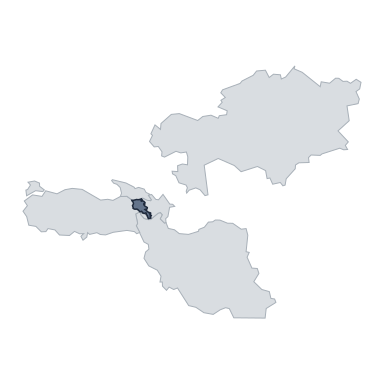 Armenia shown with its bordering countries
{"feature_id": "ARM", "entity_name": "Armenia", "entity_type": "country or territory", "adm_level": 0, "iso_a3": "ARM", "parent_name": "Asia", "parent_adm1": "", "projection": "albers", "projection_center": [45.222, 40.08], "detail": "fine", "context": "with_neighbors", "style": "filled", "palette": "slate", "viewbox_px": 384, "rotation_deg": 0, "n_neighbors": 5, "source": "natural_earth", "source_scale": "50m", "svg_char_len": 5524}
<svg xmlns="http://www.w3.org/2000/svg" viewBox="0 0 384 384"><path d="M361.0,82.3L359.7,88.9L356.0,91.6L359.3,99.0L358.1,103.6L347.0,105.9L349.2,120.7L338.0,130.9L348.3,141.9L345.3,145.4L347.6,149.5L343.7,149.8L339.8,148.2L322.0,153.9L320.2,155.4L311.1,155.0L308.5,157.6L309.1,162.5L298.9,162.8L295.5,165.0L295.2,168.8L286.2,178.8L285.1,185.1L282.9,185.8L280.3,182.5L272.7,184.2L269.9,178.0L267.1,178.6L265.6,170.6L257.4,166.5L241.1,171.7L234.3,165.5L218.2,158.5L204.2,165.2L208.0,194.8L205.0,195.6L200.1,189.8L195.8,187.9L189.1,190.2L186.7,193.1L186.2,191.2L187.4,187.7L186.0,185.0L179.0,182.8L175.8,175.7L172.5,173.8L172.1,171.2L177.8,171.6L177.6,165.7L182.4,164.0L187.5,164.8L187.8,156.9L186.4,152.0L180.8,152.9L176.0,151.3L164.5,157.1L161.6,155.9L162.0,151.8L158.3,146.5L154.2,146.9L149.5,141.5L152.5,135.4L150.9,133.8L155.0,124.9L160.5,129.4L161.0,123.5L171.3,114.4L179.3,113.6L197.7,120.5L202.8,116.5L211.0,115.2L218.2,118.3L219.3,115.7L226.6,114.7L227.2,110.8L218.0,106.9L222.2,102.3L220.9,100.3L225.3,97.5L220.8,92.8L222.6,89.8L240.1,83.4L242.0,81.0L253.2,75.3L256.6,71.0L265.4,70.2L269.2,77.5L273.5,74.2L280.4,74.8L281.3,79.0L285.7,77.0L294.9,65.9L294.1,68.8L302.2,72.3L320.2,86.7L321.2,81.8L329.6,83.2L335.6,78.2L338.8,78.3L343.0,81.4L347.0,81.2L350.5,83.3L356.2,79.3L361.0,82.3Z" fill="#d9dde1" stroke="#a8b0b8" stroke-width="1"/><path d="M166.5,290.3L162.5,286.2L162.3,282.0L160.0,282.0L161.0,276.2L157.3,270.2L148.8,265.9L144.0,258.3L145.6,252.0L148.9,249.1L148.3,244.4L144.0,242.0L136.3,225.8L137.6,223.3L135.7,214.0L140.0,211.7L141.0,214.8L144.2,218.5L148.5,219.6L150.8,219.3L158.1,213.2L160.4,212.5L162.4,214.8L160.3,218.9L164.4,223.0L166.0,222.6L168.3,228.4L174.5,229.8L179.2,233.6L188.5,234.4L198.5,231.3L198.9,229.4L204.4,227.2L208.4,222.1L212.7,221.8L215.3,220.0L219.9,220.1L227.5,223.2L232.7,223.3L241.2,229.2L246.1,228.6L247.8,235.2L246.1,251.7L249.2,252.4L247.1,257.2L251.9,268.1L257.3,268.5L258.9,273.4L253.8,281.7L261.8,289.5L269.3,291.6L270.9,298.4L274.6,299.0L275.9,302.4L266.2,308.5L265.1,318.1L233.8,317.8L229.3,308.6L225.6,307.7L220.2,309.8L213.2,314.4L203.9,312.7L195.9,307.3L188.7,305.6L177.5,288.0L173.7,289.5L169.1,287.1L166.5,290.3Z" fill="#d9dde1" stroke="#a8b0b8" stroke-width="1"/><path d="M139.8,232.4L136.7,233.7L134.4,231.6L126.9,230.4L113.2,232.3L105.6,234.9L100.3,234.5L96.9,232.7L89.6,234.4L87.6,232.6L86.8,237.1L83.0,240.2L80.9,236.3L83.7,233.6L79.7,233.8L74.5,231.4L69.5,235.5L59.5,235.0L54.9,229.9L48.0,228.6L45.9,231.6L41.3,231.8L35.9,226.4L28.8,225.2L26.7,216.6L23.0,211.2L27.4,205.7L24.3,201.0L32.6,194.9L42.0,196.4L45.7,190.8L57.0,193.8L65.0,189.7L72.3,188.4L82.2,189.4L100.6,200.1L107.8,199.3L113.0,200.4L120.4,196.5L126.9,196.3L132.7,200.5L133.7,203.3L133.0,207.3L140.0,211.7L135.7,214.0L137.6,223.3L136.3,225.8L139.8,232.4ZM28.0,182.2L34.6,181.0L39.5,183.1L39.6,186.3L44.3,189.9L42.8,191.6L35.6,190.7L26.6,195.8L25.9,190.1L27.6,189.5L30.5,185.0L28.0,182.2Z" fill="#d9dde1" stroke="#a8b0b8" stroke-width="1"/><path d="M148.3,195.4L151.6,194.5L155.8,199.4L158.5,199.8L163.0,194.4L169.8,204.1L172.7,204.3L174.7,206.4L169.6,207.3L167.9,216.6L165.7,218.6L166.0,222.6L164.4,223.0L160.3,218.9L162.4,214.8L160.4,212.5L158.1,213.2L150.8,219.3L150.6,213.7L145.1,210.2L146.9,207.6L143.5,204.9L144.8,202.8L141.2,199.3L142.7,198.0L150.5,200.7L151.3,199.8L148.3,195.4ZM148.5,219.6L144.2,218.5L141.0,214.8L140.0,211.7L141.3,211.5L143.2,213.7L145.9,213.7L148.5,219.6Z" fill="#d9dde1" stroke="#a8b0b8" stroke-width="1"/><path d="M111.6,180.6L112.4,179.7L126.0,183.0L134.0,187.1L135.0,188.6L138.6,187.4L144.2,189.1L146.0,192.4L149.9,194.3L148.3,195.4L151.3,199.8L150.5,200.7L147.2,200.3L142.7,198.0L141.2,199.3L132.7,200.5L126.9,196.3L120.4,196.5L121.5,193.1L120.2,187.5L116.9,184.3L113.7,183.2L111.6,180.6Z" fill="#d9dde1" stroke="#a8b0b8" stroke-width="1"/><path d="M139.9,211.8L139.7,211.5L138.6,210.3L137.6,209.4L136.9,209.1L136.2,209.1L135.1,209.2L134.8,209.2L133.8,208.8L133.1,208.3L133.2,208.1L133.3,208.0L133.1,207.4L132.7,206.4L132.8,206.1L132.6,205.7L132.5,205.4L133.1,204.7L133.4,204.1L133.5,203.5L133.3,202.9L133.0,201.8L132.7,201.5L132.3,201.2L131.9,200.7L131.8,200.3L132.1,200.3L133.1,200.3L134.0,200.2L134.7,200.0L135.7,199.8L136.1,199.6L136.6,199.5L138.1,199.7L138.7,199.6L140.4,199.6L140.2,199.3L140.2,199.2L141.2,199.0L141.4,198.9L141.5,199.3L141.9,199.7L142.3,199.9L142.5,200.1L142.5,200.3L141.8,200.5L141.7,200.6L141.8,200.7L142.0,200.7L143.0,201.2L143.6,201.3L143.9,201.4L144.1,201.7L144.6,202.1L144.9,202.5L145.0,202.7L144.9,202.9L143.8,203.7L143.7,203.9L143.7,204.2L144.1,205.1L144.8,206.0L145.9,206.7L147.3,207.5L147.3,208.0L147.1,208.5L146.9,208.9L146.8,209.2L146.7,209.3L145.2,209.3L144.9,209.5L145.4,209.8L146.2,210.4L146.7,211.0L147.2,211.2L147.7,211.7L148.2,212.1L148.8,212.7L149.6,212.5L150.6,213.0L150.6,213.3L150.6,213.6L149.9,214.0L150.0,214.4L150.3,214.6L150.8,215.0L151.3,215.6L151.1,215.8L150.6,215.9L150.2,215.8L150.1,216.1L150.6,216.6L150.7,216.9L150.7,217.5L150.7,218.2L149.6,218.2L148.7,218.6L148.3,218.5L148.1,217.9L147.9,217.4L147.3,216.1L147.4,215.5L147.1,215.2L146.3,214.7L146.1,214.4L146.2,214.1L146.3,213.6L146.2,213.1L146.0,212.9L145.6,212.9L145.1,213.1L144.2,213.5L143.5,213.2L143.1,212.9L142.9,212.7L142.4,212.9L142.2,212.2L142.1,211.9L141.8,211.5L141.5,211.3L140.5,211.7L139.9,211.8ZM141.5,201.1L141.5,200.9L141.5,200.7L141.3,200.6L141.1,200.7L141.1,200.9L141.2,201.1L141.4,201.2L141.5,201.1ZM144.7,204.4L144.5,204.5L144.3,204.5L144.3,204.2L144.6,204.0L144.8,204.1L144.7,204.4Z" fill="#64748b" stroke="#1e293b" stroke-width="1.5"/></svg>